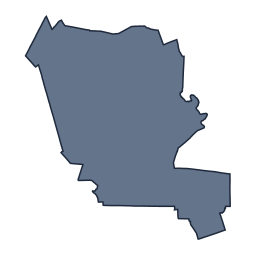 the district of Dobrotesti, Teleorman, Romania, rotated 93°
{"feature_id": "2599482B98180276767532", "entity_name": "Dobrotesti", "entity_type": "district", "adm_level": 2, "iso_a3": "ROU", "parent_name": "Romania", "parent_adm1": "Teleorman", "projection": "albers", "projection_center": [24.898, 44.284], "detail": "fine", "context": "isolated", "style": "filled", "palette": "slate", "viewbox_px": 256, "rotation_deg": 93, "n_neighbors": 0, "source": "geoboundaries", "source_scale": "gbopen_adm2", "svg_char_len": 5434}
<svg xmlns="http://www.w3.org/2000/svg" viewBox="0 0 256 256"><g transform="rotate(93 128 128)"><path d="M156.1,193.6L156.3,193.4L158.1,191.6L161.8,187.9L166.3,183.7L166.5,180.1L166.7,172.6L166.9,171.1L181.6,175.0L181.8,175.1L182.9,174.9L183.0,174.6L182.2,164.0L182.2,161.7L182.4,161.3L186.7,155.8L186.9,155.5L187.3,155.2L187.5,155.2L188.5,155.5L189.8,155.7L190.3,155.8L190.7,156.1L190.9,156.4L190.9,156.5L190.9,156.8L191.8,157.2L192.6,157.7L192.6,157.8L192.6,158.1L193.1,158.8L192.8,159.2L192.8,159.5L192.7,159.7L192.7,159.9L192.7,160.1L192.9,160.2L194.0,159.5L194.2,159.3L194.8,158.5L195.0,157.9L195.2,157.5L196.0,156.9L196.7,156.1L197.3,155.6L198.6,155.2L199.2,154.6L203.5,153.7L203.2,149.2L206.5,148.7L206.5,145.7L206.3,139.5L205.9,132.3L205.6,121.7L205.6,117.0L205.2,109.2L204.6,93.8L204.1,83.8L203.8,77.5L204.9,77.3L205.7,77.1L207.3,77.3L206.9,75.3L206.7,74.2L210.7,73.7L212.7,73.6L215.7,73.1L215.9,72.9L215.9,72.7L215.8,70.9L215.6,63.9L215.6,62.4L216.4,62.4L217.8,61.9L217.9,61.3L217.9,60.9L218.1,60.7L218.3,60.7L218.4,60.9L218.7,61.0L219.1,60.8L220.0,60.7L221.7,60.0L222.0,59.8L222.5,59.3L224.2,58.0L227.2,55.8L228.9,54.5L229.2,54.3L232.7,53.0L233.4,52.8L235.2,52.2L235.2,51.9L235.2,51.5L232.1,43.7L231.8,42.9L227.9,33.1L225.6,27.7L224.8,25.6L215.9,28.9L210.0,31.2L208.5,31.8L208.3,32.0L208.2,31.9L208.1,31.7L207.8,30.8L207.9,30.5L208.0,30.3L207.8,30.1L207.9,29.7L207.6,29.7L207.6,29.3L207.3,28.8L207.2,28.6L206.9,28.3L206.3,28.1L206.1,27.8L205.5,27.4L205.2,27.3L204.8,27.2L204.5,27.1L203.8,27.2L203.0,27.2L202.8,27.0L202.4,26.6L202.5,26.5L201.5,26.4L201.2,26.4L201.1,25.3L200.9,21.9L200.4,21.9L192.5,22.4L188.1,22.8L187.9,22.8L181.4,23.2L181.1,23.2L174.8,23.4L168.5,23.8L168.4,26.9L168.2,28.5L168.0,31.6L167.6,34.7L167.3,37.5L167.1,38.8L166.9,43.4L166.8,44.7L166.8,45.7L166.7,46.9L166.5,50.3L165.7,60.9L165.4,66.4L165.4,68.2L165.5,71.4L165.5,74.7L165.7,77.5L165.8,79.5L165.2,79.7L160.5,80.8L160.1,80.8L158.8,80.5L153.9,79.3L149.0,77.8L149.1,77.7L148.6,77.5L148.4,77.4L148.3,77.5L146.8,77.1L146.0,77.0L145.3,76.9L145.0,76.5L144.8,76.1L143.9,75.1L140.6,71.6L139.3,70.2L135.0,65.8L134.4,65.2L133.8,64.9L131.8,63.1L131.2,62.7L130.4,61.8L129.6,61.2L128.7,60.2L128.0,59.7L127.6,59.2L126.9,58.2L124.7,53.7L123.8,52.0L123.4,51.9L122.8,51.8L122.5,51.8L122.0,52.2L121.6,52.5L121.3,53.0L121.0,53.8L120.5,54.4L119.7,55.0L118.7,55.4L117.9,55.4L117.6,55.2L117.1,54.8L116.9,54.5L116.9,54.0L116.8,53.8L116.5,53.3L116.4,53.2L116.1,53.1L115.3,52.3L115.1,52.0L115.0,51.7L114.9,51.5L114.5,51.2L113.3,50.7L112.6,50.3L112.1,50.0L111.1,49.7L110.5,49.6L110.2,49.6L109.6,50.1L109.5,50.4L109.4,50.7L109.3,51.0L109.5,51.4L109.5,51.8L109.7,52.3L109.7,53.2L109.8,53.4L109.8,53.8L110.3,55.1L110.5,55.7L110.5,56.0L110.5,56.3L110.2,56.8L109.9,57.1L109.1,57.5L108.8,57.7L107.7,58.4L106.8,59.3L106.6,59.6L105.7,60.5L104.9,60.9L104.7,61.0L104.4,61.0L103.7,60.6L103.5,60.4L102.2,59.6L102.1,59.4L101.3,59.1L100.9,59.1L100.6,59.1L99.9,58.8L99.7,58.8L99.2,58.6L98.7,58.6L98.5,58.9L98.0,58.7L96.4,59.4L96.0,59.8L95.7,60.0L95.3,60.2L95.0,60.6L94.6,60.8L94.0,61.7L94.0,61.9L93.1,62.7L92.8,62.9L92.7,63.1L92.5,63.5L91.7,64.4L91.8,64.8L91.7,65.3L91.7,65.7L91.7,65.8L92.0,65.8L92.1,66.0L91.7,66.3L92.1,66.9L92.3,67.2L92.7,67.3L93.1,67.4L94.2,67.3L95.3,66.6L96.1,66.5L96.4,66.4L96.7,66.0L97.0,65.9L97.4,66.2L97.7,66.3L97.7,66.5L97.7,67.1L97.8,67.3L98.0,68.1L98.5,68.4L98.6,68.9L98.6,69.0L98.2,69.3L98.2,69.5L98.2,69.8L98.5,70.3L98.6,70.6L98.4,71.5L98.4,71.8L98.3,72.1L98.0,72.3L96.6,73.4L95.9,74.1L95.8,74.5L95.5,74.6L95.5,75.0L95.4,75.2L94.8,75.6L94.5,75.7L94.4,75.8L94.5,76.1L94.5,76.3L94.0,76.5L93.7,76.5L93.2,77.0L92.8,77.2L92.6,77.4L92.5,77.6L91.9,77.6L91.3,77.5L90.8,77.8L90.5,77.8L90.4,77.6L90.1,77.4L89.9,77.0L89.9,76.8L89.8,76.7L89.1,76.7L88.9,76.6L88.8,76.2L88.7,75.7L87.6,75.7L85.9,75.7L85.4,75.7L85.1,75.5L83.4,75.5L77.0,75.6L76.4,75.6L70.3,75.7L69.5,75.7L59.0,75.7L53.5,75.8L53.6,76.6L53.5,77.1L53.4,77.4L53.0,77.9L51.0,79.2L50.0,79.7L49.4,80.3L49.1,80.6L48.6,80.8L43.8,82.2L42.3,82.4L39.5,83.2L38.1,83.7L37.2,83.9L39.8,90.0L41.4,93.4L42.7,95.9L42.9,96.4L43.0,96.8L42.8,97.1L28.8,103.1L28.6,106.8L28.3,108.6L28.2,109.7L28.0,110.7L27.2,112.5L27.1,112.9L27.1,114.2L27.0,114.5L25.8,116.0L25.5,116.4L25.3,117.1L25.3,117.5L25.6,118.7L25.6,121.8L25.8,123.1L26.0,124.6L26.0,125.9L26.0,126.7L26.2,127.1L26.5,129.8L26.7,130.2L34.1,142.2L34.2,142.8L34.7,146.3L34.9,147.5L34.9,147.9L34.9,148.3L34.6,149.9L33.5,155.9L33.0,159.0L32.9,159.1L32.8,160.0L32.8,162.2L32.8,164.1L32.8,167.0L32.9,171.3L32.3,171.5L31.9,175.8L30.3,186.8L29.2,195.7L29.0,196.5L27.9,197.4L26.3,198.6L24.7,199.6L23.8,200.1L24.1,200.7L24.7,201.9L25.0,202.2L25.4,202.7L26.5,203.6L27.5,204.2L28.8,205.2L29.8,205.8L30.2,206.2L31.5,207.6L31.9,207.6L32.2,207.7L32.7,208.3L33.1,208.6L33.4,208.9L33.5,209.1L30.6,210.5L20.8,215.4L21.4,215.9L22.3,216.5L26.1,218.2L28.2,219.2L29.5,219.7L33.4,221.5L33.9,221.7L34.7,222.2L36.0,222.7L40.4,224.7L41.8,225.2L50.7,229.3L51.8,229.9L55.3,231.3L59.1,233.1L61.3,234.1L62.1,233.3L64.7,230.7L68.7,226.7L70.4,225.1L71.9,223.5L69.7,220.8L71.7,219.9L72.6,219.7L77.1,218.0L80.1,216.9L83.4,216.0L85.5,215.2L86.3,214.9L88.0,214.5L89.6,213.9L95.5,211.9L97.5,211.1L100.9,210.0L101.1,209.9L106.8,208.0L108.1,207.4L109.7,207.0L113.1,205.8L115.8,204.9L120.7,203.1L121.4,202.9L127.9,200.7L133.0,199.0L135.6,198.1L136.8,197.7L140.3,196.5L148.7,193.8L151.3,192.8L154.8,191.7L154.9,192.1L155.1,192.6L155.2,192.9L156.1,193.6Z" fill="#64748b" stroke="#1e293b" stroke-width="1.5"/></g></svg>